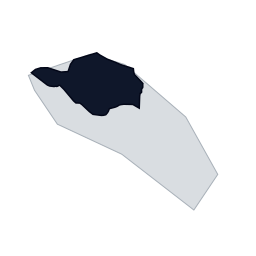 Saint Andrew on a map of Dominica (Natural Earth projection), rotated 319°
{"feature_id": "DMA-1432", "entity_name": "Saint Andrew", "entity_type": "Parish", "adm_level": 1, "iso_a3": "DMA", "parent_name": "Dominica", "parent_adm1": "", "projection": "natural_earth1", "projection_center": [-61.355, 15.539], "detail": "fine", "context": "in_parent", "style": "filled", "palette": "ink", "viewbox_px": 256, "rotation_deg": 319, "n_neighbors": 0, "source": "natural_earth", "source_scale": "10m", "svg_char_len": 1247}
<svg xmlns="http://www.w3.org/2000/svg" viewBox="0 0 256 256"><g transform="rotate(319 128 128)"><path d="M165.3,221.9L123.9,233.1L106.1,143.7L77.2,78.8L82.2,38.2L87.4,22.9L148.3,47.8L167.2,78.0L178.8,157.6L165.3,221.9Z" fill="#d9dde1" stroke="#a8b0b8" stroke-width="1"/><path d="M91.3,22.9L96.6,23.1L101.6,25.3L107.0,29.9L114.1,41.8L119.8,46.1L126.4,42.2L131.9,40.9L153.8,50.8L154.6,54.3L157.4,62.2L161.8,70.6L164.2,75.6L171.0,86.7L168.6,90.2L167.9,92.1L168.0,92.9L168.4,103.4L168.3,104.4L168.1,104.5L167.8,104.7L166.2,106.6L165.8,107.0L165.5,107.2L165.3,107.2L165.1,107.3L164.3,107.3L164.2,107.3L162.9,108.5L162.2,109.4L161.8,109.8L161.5,110.0L161.3,110.0L161.0,110.0L160.9,109.9L160.5,110.0L160.4,110.0L160.1,109.9L159.9,109.8L157.9,111.4L149.5,120.4L147.1,113.4L140.4,107.3L137.8,105.6L136.1,104.8L134.7,104.7L133.3,104.3L131.7,103.7L127.1,101.4L126.6,101.3L126.1,101.4L124.3,102.4L122.5,103.0L119.9,103.4L117.8,102.3L116.2,101.1L110.5,94.7L109.6,90.3L108.6,80.1L108.0,77.6L105.1,74.9L104.7,71.8L105.0,56.8L104.6,51.2L104.4,51.1L104.0,50.5L103.9,50.4L103.7,50.4L103.3,50.4L103.1,50.4L102.7,50.4L101.7,50.0L101.5,49.9L101.3,49.7L101.1,49.2L99.4,48.2L96.4,44.9L95.3,42.6L91.3,22.9Z" fill="#0f172a" stroke="#020617" stroke-width="1.5"/></g></svg>